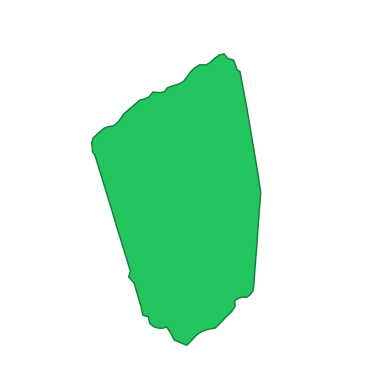 outline of Almadina, Bahia, Brazil, rotated 40°
{"feature_id": "56859067B14029450642321", "entity_name": "Almadina", "entity_type": "district", "adm_level": 2, "iso_a3": "BRA", "parent_name": "Brazil", "parent_adm1": "Bahia", "projection": "natural_earth1", "projection_center": [-39.669, -14.695], "detail": "fine", "context": "isolated", "style": "filled", "palette": "green", "viewbox_px": 384, "rotation_deg": 40, "n_neighbors": 0, "source": "geoboundaries", "source_scale": "gbopen_adm2", "svg_char_len": 1158}
<svg xmlns="http://www.w3.org/2000/svg" viewBox="0 0 384 384"><g transform="rotate(40 192 192)"><path d="M286.5,312.8L287.1,305.0L287.5,297.7L289.3,292.5L292.8,286.5L297.2,281.3L297.9,274.5L298.3,266.9L299.2,258.1L298.5,251.8L294.6,247.8L296.1,243.0L298.3,240.0L301.6,237.5L302.5,233.4L302.2,228.8L300.3,225.2L283.4,201.7L280.1,196.9L265.2,176.5L253.5,160.2L244.9,148.1L228.7,133.9L180.2,92.6L151.5,69.0L147.8,69.3L144.6,67.3L139.1,64.2L133.7,66.7L127.7,65.6L124.9,69.5L123.4,75.1L122.7,81.2L121.2,85.5L116.1,89.7L114.2,95.8L113.7,100.5L114.2,107.4L114.4,112.6L112.4,117.9L108.7,123.5L106.1,128.3L106.5,132.8L103.8,136.3L97.8,140.6L98.0,146.8L95.5,151.7L92.9,155.2L92.0,161.2L90.7,168.9L89.5,176.1L90.2,181.0L90.3,186.4L89.4,191.7L86.1,195.4L83.6,199.7L83.0,203.7L82.3,208.2L81.5,213.8L83.4,218.7L87.0,221.9L89.8,225.1L94.0,226.2L128.0,248.2L137.7,254.5L142.3,257.5L156.2,266.7L178.9,281.3L195.8,292.3L198.0,297.7L206.3,299.0L214.9,304.8L226.8,312.6L230.3,315.6L233.8,318.0L238.6,315.6L244.1,319.8L249.6,319.7L253.7,317.9L257.3,315.0L259.0,311.7L262.7,312.6L267.8,314.3L273.6,316.8L286.5,312.8Z" fill="#22c55e" stroke="#15803d" stroke-width="1.5"/></g></svg>